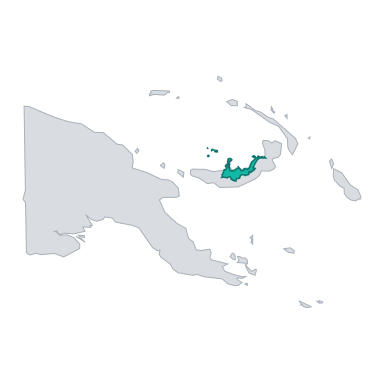 Talasea District, West New Britain, Papua New Guinea (highlighted)
{"feature_id": "67681753B12348367774956", "entity_name": "Talasea District", "entity_type": "district", "adm_level": 2, "iso_a3": "PNG", "parent_name": "Papua New Guinea", "parent_adm1": "West New Britain", "projection": "albers", "projection_center": [150.421, -5.275], "detail": "fine", "context": "in_parent", "style": "filled", "palette": "teal", "viewbox_px": 384, "rotation_deg": 0, "n_neighbors": 0, "source": "geoboundaries", "source_scale": "gbopen_adm2", "svg_char_len": 8909}
<svg xmlns="http://www.w3.org/2000/svg" viewBox="0 0 384 384"><path d="M26.4,252.7L25.6,202.9L23.0,199.2L25.4,190.3L24.1,106.2L28.9,106.5L52.2,116.4L67.8,121.6L81.5,123.9L94.1,132.2L103.3,132.6L117.2,144.2L122.7,145.0L132.5,154.8L133.1,162.8L132.1,167.9L146.9,172.6L161.1,179.3L168.8,180.0L173.0,182.4L178.3,188.2L179.3,196.0L176.3,197.4L163.1,197.4L159.4,199.9L164.8,212.2L176.8,223.3L185.8,228.4L188.5,238.5L193.1,241.7L196.0,249.7L200.7,250.5L209.7,249.2L211.2,252.6L209.9,257.7L211.2,259.7L227.9,264.0L222.3,266.6L224.8,271.3L235.7,275.2L242.5,276.7L246.5,276.3L241.8,278.5L237.6,277.9L236.8,278.6L238.5,280.5L242.0,282.6L238.4,285.3L234.8,285.7L228.0,283.9L222.2,278.9L204.0,276.7L197.7,274.5L192.7,275.3L178.0,272.7L173.1,269.1L169.9,263.8L161.1,257.4L159.1,254.3L159.9,250.0L157.5,250.7L152.5,247.6L139.0,228.0L132.2,225.3L115.3,222.1L112.8,218.2L104.9,216.9L103.1,219.4L96.7,221.2L91.2,219.4L85.7,214.7L92.3,225.5L90.0,225.5L91.1,227.1L89.9,227.4L82.8,226.9L85.0,231.3L73.4,233.9L64.8,233.2L60.7,234.3L59.0,234.2L56.7,230.9L53.6,231.6L56.2,231.6L59.6,235.4L66.8,234.8L73.9,237.6L79.8,244.0L79.7,248.5L63.7,256.9L54.4,253.5L40.8,254.6L36.0,253.3L29.9,255.0L26.4,252.7ZM268.4,140.8L271.8,143.1L275.1,140.7L281.6,143.6L280.4,154.5L278.2,157.4L272.8,158.5L272.1,160.1L275.6,166.5L274.2,168.8L269.4,171.2L261.5,170.9L259.5,175.3L255.1,179.1L238.2,186.9L219.8,187.5L213.7,182.7L207.4,183.6L198.9,178.0L191.7,175.7L190.3,173.6L190.4,170.8L192.4,169.1L205.1,169.4L213.2,171.6L223.8,170.2L226.7,168.5L227.8,161.5L229.6,158.7L231.4,160.0L229.2,165.4L231.7,170.2L239.2,168.8L244.0,169.9L247.8,168.5L253.1,161.0L257.3,157.5L265.1,155.8L264.9,150.2L262.3,142.6L263.4,140.4L268.4,140.8ZM361.0,197.0L360.0,199.4L359.5,198.6L355.6,200.9L351.2,200.1L347.2,197.6L344.2,193.2L344.1,188.3L339.8,186.0L334.3,179.7L333.2,175.6L333.7,168.7L341.8,172.8L350.1,184.7L358.0,190.0L361.0,197.0ZM297.9,143.9L292.5,154.7L289.1,150.3L287.8,147.2L287.5,138.9L278.8,126.5L269.8,122.4L251.6,109.5L244.3,107.5L246.1,106.9L246.1,103.7L255.2,110.4L260.8,112.1L268.2,117.3L273.3,119.0L295.4,138.4L297.9,143.9ZM152.1,90.5L169.4,90.9L169.7,92.3L167.4,92.5L164.5,95.1L154.2,94.4L149.6,95.8L149.3,93.9L151.0,93.4L150.7,91.5L152.1,90.5ZM239.4,256.3L242.5,258.1L245.2,257.9L247.2,260.0L247.5,263.5L246.4,264.3L245.7,263.2L237.3,262.5L239.0,260.5L237.4,256.6L239.4,256.3ZM237.4,105.7L231.3,105.7L226.7,101.5L232.6,99.5L237.2,101.4L237.4,105.7ZM251.7,271.4L255.6,269.2L256.5,270.0L255.0,275.3L249.0,273.0L244.9,264.4L251.7,271.4ZM283.7,248.8L290.3,247.8L293.5,250.2L294.4,251.0L293.8,253.3L288.3,252.3L283.7,248.8ZM298.8,300.8L311.2,306.7L306.6,307.7L302.7,306.1L302.2,304.6L300.7,305.1L301.5,304.1L298.8,300.8ZM183.3,177.1L177.8,172.7L178.1,169.6L183.9,172.3L183.3,177.1ZM235.3,259.6L233.7,259.7L230.1,256.6L232.3,253.1L234.8,254.4L235.3,259.6ZM331.8,168.5L329.5,161.2L331.6,159.0L333.6,163.6L331.8,168.5ZM164.2,168.3L160.4,165.5L163.2,162.9L164.9,164.3L164.2,168.3ZM222.2,80.8L220.1,81.3L217.3,79.0L218.0,76.3L221.3,78.0L222.2,80.8ZM138.9,150.6L136.7,153.3L135.1,151.3L137.6,148.4L138.9,150.6ZM252.6,235.4L252.7,244.1L251.0,242.4L251.8,238.8L250.0,237.8L252.6,235.4ZM81.3,238.5L85.0,242.1L76.0,236.4L81.3,238.5ZM84.5,237.7L79.5,236.3L78.5,235.2L84.3,235.6L84.5,237.7ZM322.8,301.8L322.4,303.0L319.2,303.2L317.1,301.4L319.1,301.8L318.8,300.6L322.8,301.8ZM287.0,114.4L287.1,118.4L284.8,115.6L287.0,114.4ZM274.8,112.2L273.9,113.3L271.6,110.5L272.0,109.9L274.8,112.2ZM247.6,283.7L247.3,285.4L245.1,284.5L245.4,283.4L247.6,283.7ZM272.8,109.1L271.1,109.6L271.4,106.8L272.8,109.1ZM178.7,96.5L178.9,98.5L176.5,98.1L178.7,96.5ZM309.9,137.0L309.6,138.8L308.3,138.2L309.9,137.0Z" fill="#d9dde1" stroke="#a8b0b8" stroke-width="1"/><path d="M264.5,156.9L264.0,157.3L263.8,157.3L263.1,157.7L262.9,157.5L262.7,157.5L262.8,157.4L262.6,157.2L262.4,157.1L262.0,157.0L262.0,156.9L261.9,156.7L261.6,156.7L261.0,157.2L260.7,157.3L260.2,157.2L259.5,157.0L259.0,156.6L258.6,156.6L258.2,156.5L258.0,156.3L257.8,156.4L257.8,156.6L257.8,157.1L257.8,157.3L257.1,157.6L256.9,157.6L256.4,157.9L255.9,158.0L255.6,158.4L255.2,158.5L255.0,158.9L254.8,159.0L254.6,159.4L253.7,160.4L253.0,161.0L252.5,161.2L252.3,161.5L251.9,161.7L251.3,162.8L251.1,163.5L250.8,163.8L250.8,164.4L250.5,164.7L250.4,165.1L250.2,165.2L250.0,166.3L250.2,166.8L249.8,167.4L249.7,167.6L249.3,168.0L248.9,168.5L248.3,168.8L248.0,168.7L248.0,169.0L247.9,169.3L247.6,169.4L247.2,169.5L246.6,169.5L246.4,169.3L246.1,169.2L245.9,168.5L245.5,168.6L245.0,168.5L244.8,168.7L244.6,168.6L244.4,168.8L244.1,168.9L244.4,169.1L244.1,169.6L243.7,170.2L243.1,170.5L242.9,170.7L242.7,170.7L242.4,170.6L242.2,170.5L241.6,170.8L241.2,170.7L240.9,170.6L240.8,170.4L240.7,169.8L240.5,169.5L240.5,169.3L240.3,169.2L240.1,168.9L239.8,168.9L239.7,168.8L239.5,168.7L239.2,168.4L239.2,168.2L238.7,168.4L238.5,168.2L238.1,168.1L237.8,168.1L237.7,168.0L236.8,168.3L236.5,168.7L236.4,168.9L235.2,169.6L235.1,169.9L234.6,170.2L234.3,170.7L234.0,171.1L233.5,171.0L232.9,170.9L232.6,170.6L232.2,170.8L231.9,170.6L231.4,170.9L230.9,170.9L230.6,170.5L229.6,170.1L229.7,169.8L229.8,169.6L229.8,169.4L229.6,168.8L229.7,168.6L229.5,168.3L229.4,167.9L229.4,167.4L229.1,167.4L229.1,167.1L229.0,166.9L228.7,166.7L228.8,166.7L228.6,166.6L228.8,166.4L228.8,166.2L228.7,166.2L228.8,165.9L228.7,165.7L228.6,165.3L228.4,165.3L228.1,165.0L227.9,164.9L228.1,164.7L228.5,164.5L228.8,164.5L229.0,164.3L229.3,164.2L229.1,164.0L229.1,163.9L229.3,163.3L229.1,162.9L228.9,162.6L228.8,162.4L228.9,161.9L229.0,161.6L229.6,161.2L230.1,161.0L230.4,161.0L230.7,160.8L231.1,160.7L231.3,160.5L231.5,160.4L231.5,160.2L231.8,159.7L231.3,159.2L231.2,159.0L231.0,158.9L230.8,158.8L230.3,158.5L229.6,158.4L229.4,158.5L229.2,158.6L228.9,158.7L228.4,158.7L228.0,159.4L228.0,159.8L228.0,160.0L228.2,160.5L228.1,160.9L227.9,160.9L227.8,161.2L227.6,161.3L227.5,161.5L227.6,162.0L227.9,162.5L228.1,162.6L228.1,163.0L227.6,163.7L227.5,163.8L227.6,164.3L227.2,164.5L226.8,164.4L226.5,164.5L226.1,165.2L225.8,165.3L225.6,165.5L225.4,166.0L225.5,166.1L225.6,166.5L225.9,166.8L226.0,167.1L226.3,167.4L226.5,167.2L226.9,167.5L226.6,167.9L226.6,168.2L226.4,168.8L225.9,169.3L225.5,169.5L224.9,170.1L224.4,170.2L224.2,169.9L222.6,174.2L222.4,174.3L222.1,174.5L222.3,175.9L222.3,176.3L221.7,177.4L223.9,177.1L224.8,177.4L226.7,177.6L227.4,177.9L227.6,177.7L227.8,177.5L228.2,177.1L228.5,176.9L229.1,176.6L229.7,176.7L230.0,176.9L230.2,177.3L230.4,177.3L230.6,177.4L230.9,177.8L231.2,179.3L231.9,179.5L232.0,179.7L232.3,180.0L232.6,179.7L232.9,179.6L233.1,179.8L233.4,179.9L233.4,180.2L233.5,180.4L233.7,180.5L234.1,180.6L234.4,180.9L234.6,181.0L235.2,180.7L235.5,180.9L236.0,181.0L236.0,180.7L236.4,178.7L239.5,178.3L239.7,177.8L239.7,177.7L239.7,177.2L240.2,176.4L240.1,175.9L240.5,175.8L240.7,175.4L240.8,175.3L241.0,175.3L241.3,174.9L241.7,174.7L242.0,174.8L244.2,174.8L244.5,174.9L244.6,175.1L244.7,175.3L245.1,175.5L245.4,175.3L245.6,175.4L245.9,175.2L246.0,175.3L246.3,175.3L246.5,175.0L247.2,174.7L247.4,174.8L247.7,174.8L247.8,174.6L248.0,174.5L248.5,174.5L248.7,174.3L248.7,174.2L249.0,174.0L249.0,173.4L248.9,173.2L248.6,173.1L248.7,172.9L248.6,172.7L248.9,172.0L248.8,171.8L248.8,171.7L249.2,171.6L250.0,172.2L250.6,172.5L250.8,172.5L250.9,172.3L250.9,171.8L251.2,171.8L251.6,171.7L251.8,171.5L252.0,171.5L252.4,171.3L252.2,171.1L252.4,171.1L252.7,170.9L252.9,170.3L253.0,170.2L253.3,169.9L253.6,169.9L253.8,170.0L254.1,169.8L254.3,169.9L254.4,169.6L254.6,169.4L254.8,169.1L255.2,168.5L254.8,168.2L254.4,168.1L254.1,168.0L253.5,168.1L253.3,167.8L253.0,167.8L255.4,162.9L257.5,159.6L259.6,158.0L265.7,158.0L264.5,156.9ZM254.1,155.8L253.7,155.8L253.4,155.9L253.0,156.3L252.7,156.4L252.5,156.6L252.9,156.8L253.7,157.4L254.0,157.4L254.7,157.3L254.7,157.0L255.0,156.9L255.2,156.6L254.9,156.4L254.6,156.1L254.3,155.9L254.1,155.8ZM216.8,150.5L216.1,150.3L215.8,150.4L215.4,150.7L215.3,150.8L215.1,150.8L215.0,151.1L214.9,151.2L214.9,151.3L214.8,151.5L215.2,151.6L215.3,151.7L215.5,151.7L215.5,151.8L216.1,151.8L216.2,151.6L215.8,151.4L215.7,151.2L215.8,150.8L216.2,150.7L216.5,150.8L216.6,151.1L216.5,151.3L216.5,151.7L216.8,151.7L217.0,152.0L217.3,151.9L217.4,151.6L217.4,151.4L217.4,151.1L217.1,151.0L217.2,150.9L217.2,150.7L216.8,150.5ZM208.8,155.4L208.4,155.4L208.3,155.5L208.1,155.4L207.6,155.8L207.6,156.1L208.1,156.6L208.4,156.5L208.6,156.5L209.0,156.1L209.0,155.7L208.8,155.4ZM229.3,165.1L229.2,164.9L228.9,165.1L228.8,165.3L228.9,165.5L229.1,165.6L229.3,165.4L229.4,165.5L229.5,165.1L229.4,165.1L229.3,165.1ZM213.7,149.9L213.4,149.8L213.0,149.8L212.7,149.9L212.6,150.0L212.8,150.1L213.1,150.0L213.5,150.0L213.7,149.9ZM207.7,148.4L207.8,148.3L207.6,148.1L207.5,148.3L207.7,148.4ZM258.2,156.4L258.4,156.4L258.3,156.2L258.1,156.3L258.2,156.4ZM238.5,166.5L238.6,166.4L238.4,166.5L238.5,166.6L238.5,166.5ZM211.8,150.3L211.7,150.2L211.7,150.4L211.8,150.3ZM212.4,150.0L212.4,149.9L212.3,150.0L212.5,150.0L212.4,150.0Z" fill="#14b8a6" stroke="#0f766e" stroke-width="1.5"/></svg>